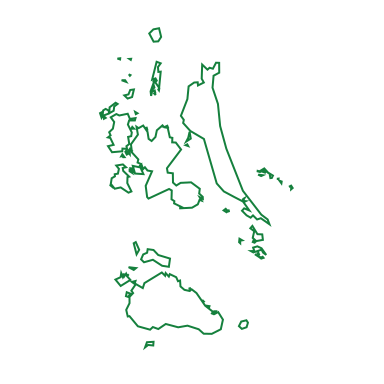 Halmahera Selatan, Maluku Utara, Indonesia (Robinson projection), rotated 6°
{"feature_id": "22746128B2838702785556", "entity_name": "Halmahera Selatan", "entity_type": "district", "adm_level": 2, "iso_a3": "IDN", "parent_name": "Indonesia", "parent_adm1": "Maluku Utara", "projection": "robinson", "projection_center": [127.53, -0.746], "detail": "fine", "context": "isolated", "style": "outline", "palette": "green", "viewbox_px": 384, "rotation_deg": 6, "n_neighbors": 0, "source": "geoboundaries", "source_scale": "gbopen_adm2", "svg_char_len": 6114}
<svg xmlns="http://www.w3.org/2000/svg" viewBox="0 0 384 384"><g transform="rotate(6 192 192)"><path d="M170.4,275.2L154.2,287.6L153.1,292.7L144.6,288.9L145.1,286.4L141.6,287.7L145.5,290.0L142.0,296.5L144.0,298.7L140.8,302.9L141.5,309.1L138.9,316.1L141.1,322.5L142.8,322.0L152.2,331.2L164.7,333.3L167.2,330.4L172.8,331.8L179.7,326.0L192.4,328.0L201.5,325.4L213.0,327.8L218.4,331.7L226.5,331.0L235.0,325.5L236.1,315.7L230.6,308.7L226.6,311.3L224.5,310.7L225.3,308.9L217.0,303.7L207.0,292.0L201.8,288.8L200.1,290.7L194.7,290.1L190.4,287.1L189.4,281.3L187.4,282.2L185.2,278.4L178.5,276.0L177.8,278.5L174.3,275.4L174.0,278.1L170.4,275.2ZM177.6,87.3L177.7,100.1L173.0,117.4L176.3,121.1L176.0,124.3L184.0,131.5L198.3,138.0L215.7,180.9L223.6,188.1L234.4,192.5L242.8,195.8L243.7,193.5L244.8,192.7L243.6,195.5L246.4,195.5L244.3,196.8L251.0,204.4L245.6,202.8L243.7,205.4L248.7,209.5L253.0,211.4L255.1,208.9L259.6,212.5L263.2,210.9L272.4,216.0L270.1,211.4L263.3,207.3L242.5,185.5L221.6,145.3L213.1,123.5L208.6,101.7L201.5,86.1L201.3,74.1L206.6,70.5L205.5,60.7L202.4,60.9L199.9,67.2L196.5,66.6L194.6,68.7L188.8,64.2L189.8,78.3L192.3,81.9L186.8,85.4L186.2,82.3L182.7,82.9L177.6,87.3ZM155.7,128.8L150.6,134.3L149.9,141.1L146.5,145.5L143.3,143.7L141.5,136.9L136.5,131.0L132.2,134.1L130.0,132.9L132.2,140.6L126.3,151.0L128.2,159.0L135.2,165.2L134.8,168.4L138.7,169.6L141.0,174.3L142.6,172.3L145.5,175.3L150.1,175.6L145.3,190.7L147.9,201.7L149.4,203.1L168.9,191.4L171.7,192.6L172.4,201.4L175.4,202.9L175.4,205.2L184.4,208.5L181.0,209.6L193.7,207.6L199.1,203.6L200.3,199.1L202.5,199.6L200.2,196.4L203.5,197.7L203.2,195.7L199.3,192.8L199.4,188.0L190.1,182.5L179.7,184.1L175.7,187.2L172.1,184.6L171.0,175.4L165.8,175.3L164.6,171.0L176.7,150.9L170.7,144.5L167.1,144.7L166.8,140.2L164.2,139.9L161.2,130.8L157.5,130.5L155.7,128.8ZM119.9,120.9L111.7,123.5L108.6,122.4L103.4,126.2L107.3,130.5L106.7,137.3L103.4,141.2L105.1,144.2L102.7,146.5L105.1,146.8L109.1,153.3L103.7,155.2L108.3,160.8L118.4,158.8L118.3,156.1L122.9,155.9L122.0,153.3L124.6,150.8L122.7,143.9L125.7,142.8L125.9,139.1L121.2,131.6L122.0,127.4L127.7,126.8L128.1,124.4L122.6,125.8L119.9,120.9ZM120.4,171.8L113.9,173.6L116.9,176.6L116.4,181.5L113.3,182.4L113.7,184.5L110.7,186.7L110.4,192.4L114.8,196.8L120.6,194.9L128.9,199.3L131.7,197.8L126.7,189.9L126.3,183.9L127.9,183.3L121.4,178.2L120.6,175.4L123.8,174.3L120.4,171.8ZM159.8,253.7L153.9,253.5L153.7,257.1L150.0,259.2L148.4,264.3L151.6,266.9L160.2,263.5L170.0,268.5L176.8,268.8L177.1,260.5L165.0,258.2L159.8,253.7ZM142.1,32.6L136.6,34.3L132.9,38.8L138.1,46.5L142.7,45.7L145.1,41.0L142.1,32.6ZM147.4,67.3L143.2,66.2L140.6,84.5L143.8,82.8L145.3,84.9L144.0,86.7L148.4,91.8L148.3,75.6L146.0,76.1L145.1,71.3L147.4,67.3ZM135.0,280.1L133.5,282.9L132.7,280.2L132.0,283.6L130.1,280.1L129.9,284.2L125.0,287.1L130.9,292.9L139.9,285.9L136.3,282.6L137.6,280.5L135.9,282.0L135.0,280.1ZM255.6,219.4L253.8,222.0L258.0,224.5L257.2,231.3L261.0,234.1L267.5,232.2L266.3,226.8L261.5,227.1L255.6,219.4ZM138.2,173.0L130.4,172.2L133.4,179.6L141.8,179.3L138.2,173.0ZM259.5,313.9L254.5,315.7L252.7,320.5L255.9,322.9L260.4,320.8L261.3,316.1L259.5,313.9ZM123.5,96.1L119.9,97.0L118.6,101.6L114.6,103.0L118.2,105.8L122.5,103.8L123.5,96.1ZM145.5,255.0L141.3,247.7L139.4,249.1L143.4,259.8L145.5,255.0ZM262.7,239.2L258.6,240.9L260.6,245.1L267.2,242.1L269.1,244.9L272.4,246.8L267.0,240.7L262.7,239.2ZM106.7,111.2L101.2,116.4L101.5,122.3L105.6,119.4L105.7,115.1L108.8,112.2L106.7,111.2ZM97.4,118.4L95.1,120.2L95.1,125.0L93.6,122.3L92.3,123.2L94.3,127.6L95.2,125.6L101.2,122.6L100.7,119.8L97.4,118.4ZM169.4,345.0L162.9,346.1L161.6,351.4L164.4,348.7L169.5,348.7L169.4,345.0ZM142.2,88.4L140.3,96.2L141.3,100.7L142.0,93.9L143.7,92.1L142.2,88.4ZM266.5,165.5L261.4,161.0L257.6,163.9L263.5,165.3L259.9,163.7L261.6,162.4L266.5,165.5ZM183.3,132.4L182.6,138.4L181.0,142.4L185.2,139.0L183.3,132.4ZM141.3,299.5L137.6,298.5L137.2,302.5L139.5,303.0L141.3,299.5ZM144.3,273.5L136.8,273.4L142.2,275.6L144.3,273.5ZM125.8,155.4L124.0,158.6L126.2,161.0L125.8,157.1L127.4,156.8L125.8,155.4ZM131.0,174.8L128.5,174.8L131.5,179.6L130.2,176.7L131.0,174.8ZM227.3,205.2L225.4,207.0L228.4,208.5L229.4,207.3L227.3,205.2ZM267.2,165.5L268.5,170.0L269.9,169.7L270.8,167.2L267.2,165.5ZM258.4,233.2L257.7,235.4L259.5,235.9L260.7,234.5L258.4,233.2ZM247.0,234.8L244.1,233.5L244.1,237.0L245.3,237.9L245.0,235.4L247.0,234.8ZM289.9,175.3L287.9,176.6L290.1,176.1L290.3,179.0L291.7,177.5L289.9,175.3ZM106.6,66.5L103.9,67.1L106.6,67.7L106.6,66.5ZM130.4,179.2L128.6,176.0L127.6,176.1L127.8,177.9L130.4,179.2ZM280.1,172.2L277.9,171.7L280.0,174.0L280.1,172.2ZM266.3,249.5L261.0,247.3L266.4,250.1L266.3,249.5ZM160.5,128.7L158.3,130.0L161.2,130.0L160.5,128.7ZM122.5,157.4L121.5,158.9L123.2,161.6L124.1,161.0L122.5,157.4ZM121.2,164.4L118.8,161.8L117.9,163.9L118.9,163.6L119.9,164.6L121.2,164.4ZM144.3,94.9L142.5,95.7L144.8,96.3L144.3,94.9ZM260.8,167.9L256.9,167.8L256.8,168.1L259.1,168.9L260.8,167.9ZM127.7,135.1L125.8,133.5L125.0,135.4L127.7,135.1ZM113.8,87.8L110.3,88.2L115.1,89.4L113.8,87.8ZM265.7,247.9L264.4,245.6L263.7,246.1L265.7,247.9ZM228.3,308.1L226.5,308.3L226.0,309.7L227.3,310.5L228.3,308.1ZM259.0,244.3L256.8,244.6L258.9,245.5L259.0,244.3ZM140.9,134.4L139.9,131.9L140.5,134.4L140.9,134.4ZM98.4,127.3L96.7,126.1L96.9,128.3L98.4,127.3ZM182.3,145.1L180.8,146.1L183.4,146.7L182.3,145.1ZM270.0,250.0L269.0,249.0L266.8,250.4L267.8,251.0L270.0,250.0ZM129.5,119.4L127.1,118.3L128.0,120.4L129.5,119.4ZM215.2,299.7L213.5,298.3L214.6,300.1L215.2,299.7ZM258.3,164.6L255.1,164.1L255.1,164.6L257.5,165.0L258.3,164.6ZM143.4,84.6L142.1,86.2L142.7,87.5L143.5,87.0L143.4,84.6ZM118.6,82.2L116.9,81.6L118.1,82.9L118.6,82.2ZM110.4,192.8L110.1,193.9L113.7,196.3L110.4,192.8ZM117.5,65.9L115.8,66.2L117.3,67.0L117.5,65.9ZM221.3,303.7L219.3,303.6L221.1,304.8L221.3,303.7ZM138.5,172.2L138.5,170.2L137.5,171.2L138.5,172.2ZM198.8,288.2L200.0,288.6L200.0,288.0L198.8,288.2ZM230.7,207.3L230.2,205.7L229.8,207.7L230.7,207.3ZM276.7,169.6L275.1,170.0L276.7,170.2L276.7,169.6ZM145.7,99.4L144.8,97.7L144.2,98.1L145.7,99.4ZM148.5,94.4L148.7,91.7L147.8,93.6L148.5,94.4Z" fill="none" stroke="#15803d" stroke-width="2"/></g></svg>